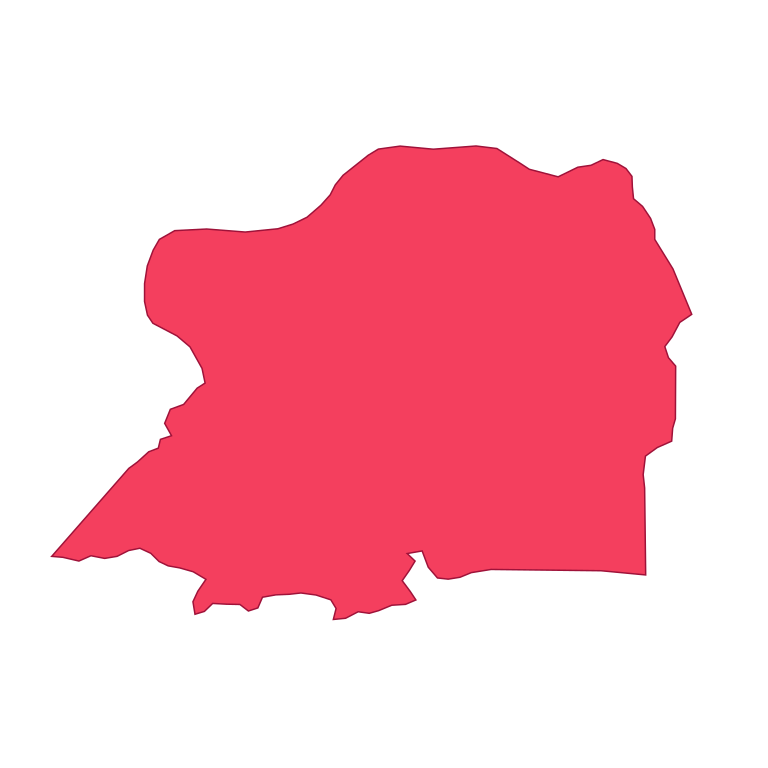 the district of São José da Laje, Alagoas, Brazil, rotated 11°
{"feature_id": "56859067B95823452257681", "entity_name": "São José da Laje", "entity_type": "district", "adm_level": 2, "iso_a3": "BRA", "parent_name": "Brazil", "parent_adm1": "Alagoas", "projection": "albers", "projection_center": [-36.053, -8.988], "detail": "fine", "context": "isolated", "style": "filled", "palette": "rose", "viewbox_px": 768, "rotation_deg": 11, "n_neighbors": 0, "source": "geoboundaries", "source_scale": "gbopen_adm2", "svg_char_len": 1597}
<svg xmlns="http://www.w3.org/2000/svg" viewBox="0 0 768 768"><g transform="rotate(11 384 384)"><path d="M175.1,481.0L174.7,490.0L166.0,495.4L156.8,507.7L149.6,515.5L90.7,616.6L101.9,615.4L118.3,616.0L129.1,608.5L143.1,608.5L154.9,604.1L165.1,596.2L175.7,591.8L187.4,594.7L197.1,601.2L206.8,603.7L218.5,603.5L232.5,604.7L246.5,609.7L240.8,622.9L238.0,634.2L242.4,646.1L251.1,641.5L257.7,632.1L271.3,630.2L284.6,627.9L294.2,632.7L302.9,627.9L305.4,616.5L318.1,611.6L331.1,608.5L342.3,605.0L357.5,604.1L373.0,606.0L379.8,613.5L379.2,624.8L391.0,621.3L402.1,612.5L413.3,611.9L422.0,607.5L433.8,599.7L447.2,596.2L456.5,589.9L449.3,582.6L439.4,573.6L444.4,562.3L448.3,551.9L439.1,546.0L453.3,540.6L462.4,555.4L473.5,564.2L484.3,563.3L495.5,559.2L505.7,552.5L524.5,545.6L632.6,525.9L677.3,521.5L659.7,436.4L655.7,423.5L654.4,404.9L664.4,394.2L677.3,385.2L675.8,372.3L676.7,362.6L666.9,310.8L658.2,303.9L652.5,293.7L657.8,282.8L662.6,267.1L672.8,256.9L645.7,215.9L622.2,190.4L620.3,180.6L614.1,170.6L603.9,160.3L593.6,154.5L590.2,143.2L587.8,132.9L580.4,126.3L570.9,122.9L556.2,121.9L545.5,129.8L532.9,134.2L515.4,147.4L485.7,145.5L476.4,141.7L449.9,131.3L428.9,132.8L387.6,144.1L354.4,147.4L333.6,154.5L324.9,162.4L304.0,186.9L298.2,197.8L295.1,208.6L288.0,220.5L276.6,235.0L264.1,244.4L250.1,251.9L218.8,261.3L180.4,265.7L149.3,273.4L135.9,284.9L131.9,296.6L129.1,313.3L129.8,331.1L133.2,348.7L138.7,361.6L145.6,368.5L171.7,376.3L186.5,384.6L202.4,403.4L208.2,417.2L201.4,423.7L191.2,442.3L179.1,449.6L176.2,464.5L185.3,475.3L175.1,481.0Z" fill="#f43f5e" stroke="#9f1239" stroke-width="1.5"/></g></svg>